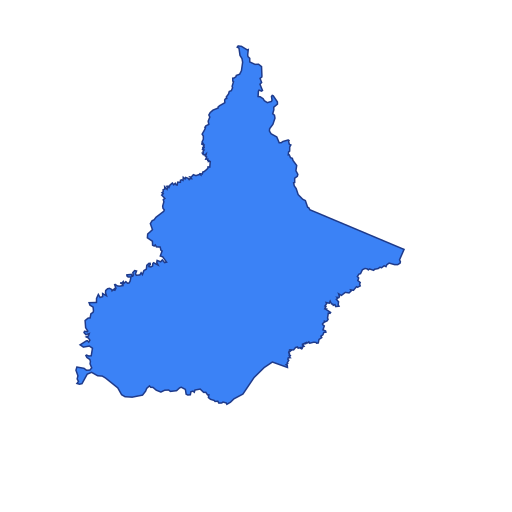 Humaitá, Amazonas, Brazil, rotated 203°
{"feature_id": "56859067B63589902021131", "entity_name": "Humaitá", "entity_type": "district", "adm_level": 2, "iso_a3": "BRA", "parent_name": "Brazil", "parent_adm1": "Amazonas", "projection": "orthographic", "projection_center": [-62.357, -7.512], "detail": "fine", "context": "isolated", "style": "filled", "palette": "blue", "viewbox_px": 512, "rotation_deg": 203, "n_neighbors": 0, "source": "geoboundaries", "source_scale": "gbopen_adm2", "svg_char_len": 6133}
<svg xmlns="http://www.w3.org/2000/svg" viewBox="0 0 512 512"><g transform="rotate(203 256 256)"><path d="M354.9,440.9L352.9,440.7L349.1,434.4L346.0,432.2L344.0,429.1L341.8,420.9L342.1,416.9L344.7,414.5L344.5,413.2L345.7,411.3L346.9,410.6L345.7,407.9L344.8,407.7L344.3,402.9L343.3,401.7L343.3,398.6L344.9,397.0L344.6,394.4L345.5,390.8L344.5,389.6L345.6,388.7L345.8,387.4L344.6,384.9L348.2,380.2L349.1,378.4L348.7,377.4L352.6,373.5L354.2,370.2L354.5,367.4L352.8,365.8L352.7,361.4L350.9,358.7L353.0,356.2L353.3,354.5L352.7,354.4L352.6,352.4L353.2,347.1L351.4,345.9L350.1,342.9L350.2,340.0L348.5,338.8L349.8,338.8L349.6,337.8L347.1,337.8L347.3,336.9L346.1,335.8L346.3,335.0L347.9,335.5L347.0,334.9L346.9,333.2L345.2,333.3L345.6,331.7L344.8,330.2L345.6,329.7L344.1,328.7L342.0,329.3L341.9,328.3L340.1,327.9L340.1,325.5L338.2,326.4L337.8,325.1L336.6,325.3L336.6,324.4L335.0,325.1L333.3,319.8L335.0,319.3L334.6,317.7L336.7,313.4L337.7,312.7L337.5,310.5L339.5,309.9L338.6,309.0L339.8,309.1L342.7,306.5L345.4,306.4L346.5,303.3L347.6,303.0L345.6,302.0L347.1,301.4L347.4,300.2L348.8,301.0L351.5,300.8L351.4,299.2L353.7,300.0L352.7,297.0L354.3,297.0L355.1,296.2L354.4,294.3L356.9,293.4L356.3,290.5L357.3,290.3L358.7,291.4L359.6,289.4L361.5,290.5L362.9,287.7L362.9,285.2L364.1,286.0L365.3,285.3L364.1,284.6L363.9,282.6L367.1,284.0L366.1,282.0L367.4,280.7L366.5,278.9L367.3,277.5L365.7,277.1L366.6,275.2L362.4,273.4L363.4,271.6L362.0,269.9L361.4,265.4L360.2,263.5L358.4,262.6L358.4,261.1L363.2,252.6L364.0,249.4L365.4,248.0L365.9,244.5L361.6,239.8L364.3,233.9L363.1,230.3L357.1,229.1L355.4,225.5L353.6,225.4L353.1,226.8L351.2,225.5L347.7,226.8L345.8,224.2L344.4,223.9L344.1,218.6L341.6,218.8L335.9,215.4L337.5,214.2L340.7,215.8L341.5,213.4L345.3,213.3L344.9,211.4L342.6,209.4L347.6,209.8L348.0,208.8L347.3,206.3L348.6,204.8L350.5,204.4L350.8,205.4L349.9,206.7L350.6,207.9L351.7,207.4L352.9,204.8L351.8,201.1L353.5,198.8L353.3,194.5L355.2,195.7L355.5,193.2L358.6,191.5L360.0,192.4L360.1,195.5L362.0,195.2L362.9,192.6L361.5,190.4L361.6,189.1L362.2,188.9L363.5,190.4L367.5,188.2L367.0,187.2L365.5,186.7L362.9,187.8L362.0,183.6L362.4,181.4L363.6,180.7L365.8,181.5L367.0,179.0L368.2,180.6L368.8,178.9L370.5,178.2L367.8,177.9L366.9,176.8L369.8,174.9L372.0,174.3L374.5,174.8L374.9,174.4L372.3,171.5L372.5,169.3L373.2,169.2L373.6,170.3L374.9,167.7L375.7,168.8L378.2,169.0L379.8,167.9L380.9,165.5L380.2,163.4L378.1,161.0L382.5,161.5L381.3,158.7L383.3,156.9L386.1,159.0L386.2,154.6L384.7,150.9L391.4,147.8L389.7,145.9L386.0,145.3L384.1,141.9L384.0,140.5L385.4,138.3L384.5,134.2L386.3,133.2L388.1,129.8L384.8,123.4L381.5,121.2L381.5,120.5L384.4,119.7L384.4,118.3L381.8,117.1L379.2,119.5L379.0,116.9L380.6,115.2L378.2,115.0L376.0,113.6L376.3,111.4L378.1,112.1L379.0,111.6L383.2,105.5L379.3,104.7L374.2,108.0L370.5,107.2L368.7,99.8L370.8,98.6L373.3,98.6L373.7,97.9L372.0,96.5L368.5,95.8L367.2,94.2L366.6,91.9L363.5,88.8L364.4,86.0L367.4,84.6L370.4,85.4L377.5,83.8L377.1,80.5L373.1,76.1L372.6,73.0L370.4,71.2L371.0,68.7L368.4,69.0L366.3,70.5L365.2,81.3L361.9,84.7L355.0,83.9L350.6,85.4L346.9,84.9L331.7,80.6L325.5,75.8L321.6,75.3L314.8,77.7L306.1,83.6L304.8,88.5L304.9,91.4L303.3,94.8L301.6,94.0L299.5,94.8L295.4,93.5L290.4,93.6L287.6,96.8L284.0,98.5L281.9,97.9L276.5,101.0L274.8,104.8L273.5,106.0L268.9,105.6L266.3,101.5L264.4,101.4L262.2,102.6L262.9,105.6L261.2,107.0L259.6,106.5L259.8,108.8L255.4,111.7L250.9,110.0L248.9,110.9L246.3,109.2L245.2,109.8L244.5,107.1L241.9,106.3L238.0,106.7L236.9,106.1L234.4,107.4L232.8,106.1L230.1,107.3L229.3,108.7L226.0,109.1L224.9,108.1L222.4,111.4L220.5,115.9L214.1,123.8L210.3,143.4L204.9,156.5L199.5,164.8L183.5,165.7L184.5,167.6L185.8,167.7L184.8,169.5L185.5,170.0L185.1,172.8L186.3,173.3L186.5,174.8L184.9,175.7L185.8,176.0L185.5,177.7L186.8,177.7L186.7,178.8L188.1,179.7L188.4,181.2L186.9,182.6L187.8,183.0L184.7,184.3L183.8,187.3L182.2,188.5L181.2,187.6L179.1,189.2L179.0,188.5L177.9,188.4L178.3,189.4L177.4,189.3L177.5,190.8L176.6,191.5L178.2,192.1L177.7,192.5L178.6,193.1L176.4,195.5L176.3,194.5L175.8,194.9L175.3,196.3L174.4,196.2L173.8,197.6L172.5,196.7L169.2,199.2L167.0,199.9L166.1,199.4L164.7,200.3L165.4,203.8L163.6,206.6L164.9,207.6L163.6,209.7L163.8,212.0L161.9,213.2L162.7,214.2L165.5,214.2L165.8,218.3L167.9,218.9L168.3,219.7L167.3,221.6L167.6,222.7L166.6,222.5L165.2,224.1L164.9,225.9L165.9,226.8L167.1,231.6L165.5,232.1L165.3,233.2L170.8,234.2L170.6,234.7L172.1,234.3L171.9,236.9L173.0,236.9L172.4,239.9L173.2,240.6L170.1,241.2L170.1,243.4L167.8,241.4L166.5,241.7L165.6,240.8L164.4,242.1L162.9,240.6L160.0,242.2L161.4,243.4L162.1,246.1L165.1,247.5L164.2,249.2L165.2,249.6L163.4,250.2L163.4,251.4L165.2,253.5L162.0,253.1L159.6,257.4L155.9,258.4L154.8,261.0L155.7,261.8L152.9,262.5L151.5,267.0L150.3,266.9L148.4,269.2L149.7,270.7L149.7,272.3L152.7,273.2L152.9,275.9L154.7,276.7L154.2,279.5L152.9,280.6L152.7,284.9L150.8,287.1L148.5,287.6L147.2,287.1L146.5,288.4L142.1,288.8L141.7,290.1L138.6,292.2L137.5,294.1L135.9,294.2L134.2,297.1L132.2,297.0L132.2,299.0L130.7,301.5L125.1,302.2L122.2,303.4L120.6,305.7L120.8,307.1L122.4,308.6L122.3,319.9L224.5,319.6L226.4,321.1L227.5,321.0L232.2,326.3L235.3,326.5L241.2,329.0L245.4,333.8L248.2,335.5L250.0,338.1L249.1,338.8L250.8,342.7L249.1,345.5L249.4,347.5L252.6,350.1L253.9,355.2L259.3,358.4L260.7,360.1L262.7,360.0L264.9,362.1L265.8,361.7L266.7,364.6L266.0,365.7L267.6,369.6L267.3,371.8L268.9,371.8L270.8,374.2L270.7,375.2L271.7,375.4L276.0,371.9L277.1,370.1L278.9,369.3L283.4,373.7L289.9,374.4L292.5,376.3L293.2,378.5L291.9,383.8L292.4,390.3L294.0,392.8L296.2,393.5L296.7,397.5L297.8,399.9L295.6,404.2L296.5,406.2L302.7,410.2L303.8,410.2L304.1,408.9L302.1,405.6L302.2,404.3L305.5,401.6L309.0,402.2L311.0,403.6L314.4,404.2L316.4,403.6L318.2,408.7L318.0,409.9L315.4,409.9L314.7,410.9L319.5,415.7L318.6,417.9L321.7,421.1L320.6,423.0L320.9,424.0L324.9,432.5L328.6,433.5L331.8,432.0L337.6,432.2L339.0,435.5L341.3,436.4L342.2,437.8L343.8,443.0L344.6,442.3L351.3,443.3L354.5,442.4L354.9,440.9ZM341.5,329.8L342.1,329.7L341.7,330.7L341.5,329.8ZM187.9,180.3L187.4,181.4L187.9,181.6L187.9,181.0L187.9,180.3Z" fill="#3b82f6" stroke="#1e3a8a" stroke-width="1.5"/></g></svg>